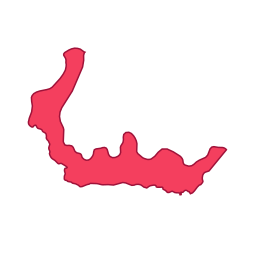 Azad Kashmir, Mercator projection, rotated 282°
{"feature_id": "PAK-1109", "entity_name": "Azad Kashmir", "entity_type": "Centrally Administered Area", "adm_level": 1, "iso_a3": "PAK", "parent_name": "Pakistan", "parent_adm1": "", "projection": "mercator", "projection_center": [73.919, 33.973], "detail": "fine", "context": "isolated", "style": "filled", "palette": "rose", "viewbox_px": 256, "rotation_deg": 282, "n_neighbors": 0, "source": "natural_earth", "source_scale": "10m", "svg_char_len": 4167}
<svg xmlns="http://www.w3.org/2000/svg" viewBox="0 0 256 256"><g transform="rotate(282 128 128)"><path d="M193.2,70.1L192.3,69.6L189.7,69.5L184.9,70.6L178.2,70.9L152.5,65.8L134.1,59.0L129.5,58.2L125.0,58.6L120.3,60.5L114.9,64.6L113.0,65.5L101.4,67.5L100.4,68.0L98.3,69.8L98.2,71.9L98.8,74.1L98.8,76.7L97.7,78.4L94.2,80.9L93.1,82.9L93.0,86.2L92.6,87.3L91.9,88.0L90.1,89.0L89.4,89.6L88.2,91.5L87.8,93.8L88.4,95.9L89.9,97.6L91.8,98.6L93.5,99.3L95.4,99.6L97.5,99.4L99.7,99.6L100.9,101.1L102.5,105.5L103.5,107.2L104.1,109.1L103.8,110.9L102.5,112.2L98.1,114.5L96.4,116.3L95.8,119.0L96.5,121.6L98.1,123.9L100.2,125.5L102.5,125.9L107.5,124.6L108.9,124.7L112.8,126.1L115.4,126.0L118.1,125.3L120.8,125.2L123.1,126.8L124.0,129.7L123.3,132.5L121.6,135.0L119.6,137.0L117.1,138.8L114.5,140.0L106.7,141.4L105.0,142.9L102.5,147.5L102.0,148.5L101.7,149.6L101.5,150.7L101.3,153.3L101.5,154.6L101.9,155.9L102.5,157.1L105.9,160.1L110.6,162.6L114.5,165.7L115.6,170.6L114.1,177.2L111.8,183.5L111.2,185.0L110.4,186.2L109.4,187.3L108.2,188.2L105.5,189.2L104.3,190.1L103.6,191.6L103.3,195.4L104.3,198.1L106.3,200.1L109.0,202.0L111.3,204.4L115.4,210.0L118.1,211.6L124.8,212.7L126.8,214.0L127.6,215.9L127.8,220.3L128.6,224.8L128.4,226.6L127.7,228.2L127.2,228.8L102.9,216.2L102.5,215.6L101.3,213.5L101.2,213.4L101.0,213.0L100.6,212.5L100.0,211.9L98.8,211.3L97.4,210.9L95.0,211.0L94.0,211.2L93.2,211.4L93.1,211.5L91.8,212.2L91.3,212.4L90.1,212.2L88.6,211.4L87.7,210.9L87.0,209.6L84.7,208.1L80.4,206.1L78.0,204.6L76.7,202.7L78.4,201.1L78.3,200.1L78.7,199.5L79.1,198.5L79.1,197.5L78.7,196.6L78.1,196.1L76.6,195.1L76.4,194.7L76.3,194.1L76.2,193.6L76.2,193.3L75.8,193.3L75.2,193.5L74.7,193.7L74.2,193.7L73.9,193.8L73.7,193.6L73.6,192.8L73.6,192.7L73.9,192.8L74.3,192.6L74.9,192.3L75.1,192.1L75.0,190.4L74.7,188.7L74.6,187.1L74.9,186.2L75.1,185.6L75.3,184.6L75.0,183.7L74.2,182.6L73.4,181.4L73.2,179.9L73.9,178.8L74.7,177.7L75.4,175.1L76.0,174.7L76.6,174.6L77.1,174.2L77.2,173.4L77.0,172.7L76.8,172.0L76.2,169.2L76.2,168.3L76.4,167.8L76.9,167.6L77.4,167.3L77.7,166.5L77.5,165.1L76.9,163.5L76.2,161.9L75.4,160.8L73.4,159.0L73.2,158.4L73.5,157.2L73.4,156.6L73.5,155.8L74.8,153.0L75.1,151.9L75.1,150.2L74.8,148.6L74.3,147.2L73.4,145.9L72.7,143.6L73.8,137.1L73.6,134.2L69.2,125.7L68.5,120.3L67.2,115.1L67.1,114.1L67.1,113.5L67.1,113.2L67.2,110.4L67.1,108.9L66.0,102.7L64.9,101.5L64.6,100.7L64.0,99.5L61.1,95.2L60.6,93.4L60.8,92.9L61.7,91.4L62.0,90.3L62.4,88.7L62.5,88.5L62.5,88.0L62.5,85.4L62.6,85.0L62.7,84.8L63.1,84.0L63.2,83.7L63.3,83.5L63.3,83.2L63.2,80.9L63.2,80.4L63.3,80.1L63.7,79.4L63.8,79.1L63.9,78.8L63.9,78.0L63.9,77.6L64.0,77.3L64.2,76.9L64.5,76.5L65.2,76.2L67.4,75.8L67.7,75.8L67.8,75.8L68.1,75.8L69.6,76.1L69.8,76.1L70.2,76.1L70.3,76.1L71.7,75.4L72.6,74.9L73.3,74.7L73.9,74.6L74.5,74.6L75.1,74.7L75.5,74.9L75.6,75.1L75.7,75.3L75.8,75.7L76.1,76.3L76.3,76.5L76.8,76.7L77.2,76.3L77.9,74.8L79.4,70.6L79.5,70.1L79.4,69.7L79.3,69.2L78.8,68.3L78.7,68.0L78.6,67.6L78.7,67.2L78.8,66.8L81.0,63.4L81.3,62.7L82.0,60.8L82.5,59.8L83.0,59.1L83.7,58.4L85.3,57.2L86.0,56.8L86.6,56.5L88.0,56.6L88.5,56.5L88.9,56.4L89.4,56.1L89.5,56.0L90.8,55.1L91.1,54.9L92.6,54.6L95.7,54.9L96.0,54.8L96.2,54.7L97.5,53.7L98.1,53.3L98.6,52.9L99.0,52.5L99.1,52.4L99.6,51.5L100.0,51.1L100.4,50.8L100.4,50.7L100.9,50.3L101.4,50.1L102.6,50.0L103.0,49.9L103.4,49.8L104.2,49.5L105.1,49.1L105.3,48.9L105.5,48.7L105.8,48.3L105.9,48.1L106.4,46.6L106.7,45.7L106.8,45.5L107.2,45.0L108.0,44.4L108.3,44.1L108.6,43.3L108.8,42.6L108.8,41.2L108.9,40.4L109.0,39.8L109.7,38.9L110.4,38.2L110.9,37.9L111.3,37.6L111.5,37.3L111.5,36.9L111.3,36.3L110.9,35.8L110.6,35.5L109.7,35.1L109.5,34.9L109.3,34.8L109.2,34.7L109.1,34.4L109.0,34.1L109.0,33.7L109.1,33.2L109.7,31.8L110.1,31.2L110.6,30.6L111.4,29.9L113.2,29.3L114.2,29.4L116.9,29.4L117.0,29.4L123.7,30.4L129.7,29.9L134.1,28.2L137.8,27.2L139.7,27.5L142.0,28.7L144.1,31.0L145.9,34.1L148.7,40.6L150.2,43.4L152.2,45.4L162.3,51.3L167.1,53.4L171.6,54.7L175.0,54.7L177.2,54.4L178.9,53.7L181.7,53.2L183.2,52.4L185.8,50.0L187.0,49.7L188.6,50.4L192.0,54.0L193.7,56.4L195.0,59.2L195.4,62.2L195.2,65.0L193.3,69.2L193.3,69.3L193.2,70.1L193.2,70.1Z" fill="#f43f5e" stroke="#9f1239" stroke-width="1.5"/></g></svg>